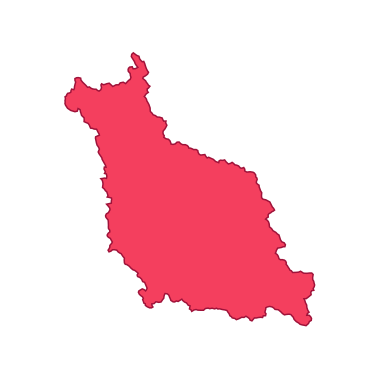 the district of Cunha, São Paulo, Brazil, rotated 283°
{"feature_id": "56859067B27501626478816", "entity_name": "Cunha", "entity_type": "district", "adm_level": 2, "iso_a3": "BRA", "parent_name": "Brazil", "parent_adm1": "São Paulo", "projection": "natural_earth1", "projection_center": [-44.92, -23.055], "detail": "fine", "context": "isolated", "style": "filled", "palette": "rose", "viewbox_px": 384, "rotation_deg": 283, "n_neighbors": 0, "source": "geoboundaries", "source_scale": "gbopen_adm2", "svg_char_len": 5964}
<svg xmlns="http://www.w3.org/2000/svg" viewBox="0 0 384 384"><g transform="rotate(283 192 192)"><path d="M312.3,109.8L312.7,107.4L314.4,103.5L312.6,102.3L310.3,102.4L306.1,106.6L304.2,107.8L302.8,109.3L301.3,111.2L299.5,109.2L298.8,106.9L300.6,105.6L299.7,103.2L298.3,102.3L296.8,102.2L295.2,102.8L293.6,105.1L291.7,105.7L290.0,106.7L287.7,106.4L286.6,105.2L284.4,103.9L282.7,102.9L283.5,100.3L282.2,97.5L280.0,96.5L279.3,93.8L277.0,91.1L279.4,86.9L278.4,84.7L277.2,82.9L276.6,81.4L277.1,79.6L275.8,79.2L273.2,80.4L271.0,80.1L269.4,78.7L269.7,77.1L270.6,75.4L270.2,73.9L270.1,71.9L270.5,70.0L271.3,68.4L270.5,66.7L272.1,64.5L274.4,60.7L276.0,58.7L277.9,57.9L277.9,55.5L277.4,53.9L276.2,52.4L274.3,52.9L273.0,53.9L269.2,53.8L267.9,53.8L266.6,54.1L265.1,53.8L265.2,51.6L263.5,51.3L262.1,51.5L260.9,50.4L260.3,48.8L258.9,48.1L257.3,48.0L256.3,46.9L254.3,47.7L252.5,47.7L251.1,48.2L249.7,48.3L248.2,49.2L245.6,51.9L244.2,55.5L243.9,59.9L245.0,62.1L247.7,62.2L247.1,64.4L245.0,65.3L243.4,66.3L242.0,67.0L241.1,68.2L240.1,70.1L238.2,70.7L236.3,71.0L235.9,72.8L235.5,75.3L234.3,76.7L231.4,78.8L231.6,80.8L231.3,82.4L231.7,84.9L228.9,87.2L227.8,88.3L226.5,89.0L225.5,87.5L224.1,85.7L222.8,85.8L218.2,87.9L216.3,89.0L214.9,90.6L213.0,92.1L209.9,91.6L208.4,92.8L205.1,96.4L203.6,97.1L198.4,101.8L196.8,102.6L196.6,101.0L194.6,101.1L193.5,102.0L192.1,103.1L190.4,102.6L190.3,104.5L188.3,105.5L186.0,105.6L185.9,103.6L185.1,101.9L184.5,100.2L183.1,102.0L181.4,102.9L179.8,103.5L176.3,103.8L175.1,106.0L173.8,107.3L172.9,109.0L169.7,110.9L168.0,110.5L168.1,112.5L168.0,114.9L166.6,115.4L165.2,115.4L163.0,115.9L160.9,111.5L159.1,114.0L157.8,115.5L156.2,116.1L153.1,115.2L151.4,113.5L149.7,113.1L148.4,113.5L147.4,114.5L145.9,116.5L144.3,117.1L140.7,118.1L139.0,118.4L137.5,118.9L136.3,120.4L134.6,120.9L132.9,119.6L130.9,119.0L129.7,119.7L129.0,121.0L128.4,122.9L126.7,124.3L125.4,125.6L124.0,125.3L121.5,124.0L119.7,124.3L118.2,124.0L116.4,123.3L115.0,124.6L116.1,126.3L117.8,127.5L118.3,129.3L118.4,131.8L117.0,133.5L116.3,135.3L116.0,136.8L113.7,139.2L112.4,141.0L110.6,141.2L109.3,141.6L107.7,142.1L106.6,143.2L106.6,144.9L105.6,147.5L104.0,149.8L102.9,152.0L102.7,153.9L101.7,156.1L100.7,157.8L98.8,157.2L97.4,158.0L97.0,160.4L95.7,162.5L93.6,164.1L93.3,166.2L88.2,169.9L86.5,169.6L85.2,169.0L86.1,167.3L86.4,165.3L83.7,162.5L82.3,162.3L80.5,163.7L79.4,165.7L78.7,167.4L77.4,168.5L76.1,168.1L74.5,169.2L72.9,170.1L72.6,171.6L71.0,172.1L70.1,174.2L69.6,176.7L70.0,178.6L71.2,179.8L72.3,178.6L73.9,178.0L74.8,180.2L76.9,181.5L77.0,184.5L77.9,186.6L80.5,187.6L82.1,188.4L83.6,188.2L85.4,188.2L87.0,188.6L87.2,190.9L86.2,192.7L84.3,193.9L83.2,194.8L81.6,195.8L80.7,198.3L81.0,199.9L82.3,201.3L82.2,203.1L85.3,206.2L84.1,207.5L83.1,209.5L82.7,211.6L80.8,213.8L80.6,215.8L77.5,215.8L77.0,217.4L75.6,218.6L77.5,220.5L78.4,222.4L78.2,224.2L78.8,227.4L79.4,229.9L81.5,231.3L82.5,233.8L82.3,235.5L83.3,237.7L83.2,240.3L84.3,242.1L83.8,243.5L84.4,245.2L84.3,247.7L84.5,250.6L84.4,252.7L82.9,254.1L81.9,255.4L79.9,256.8L79.4,258.4L78.4,259.5L78.4,262.3L77.6,263.9L79.0,266.1L81.1,268.6L81.5,270.9L83.1,272.5L82.3,274.9L81.4,276.6L80.2,277.4L79.9,279.4L83.3,281.1L83.7,282.9L84.7,285.1L85.4,287.2L85.6,289.0L87.4,289.3L88.0,291.5L90.0,291.5L91.2,290.1L92.7,290.1L94.5,290.2L95.8,289.9L97.0,291.3L98.0,293.5L98.0,296.0L97.4,297.7L96.3,299.3L96.7,302.6L95.0,305.9L93.9,307.5L93.1,309.7L94.0,311.7L94.8,314.1L94.8,316.0L93.7,317.4L92.7,318.9L90.8,320.2L89.1,322.9L88.4,325.3L87.4,327.1L87.3,329.4L87.4,331.2L87.4,333.2L90.1,335.1L92.2,335.5L93.7,337.1L95.7,336.9L97.3,335.5L98.3,333.8L97.7,331.6L99.6,331.8L101.2,333.1L102.7,331.5L104.9,330.1L106.1,329.6L107.6,329.2L109.6,327.5L111.7,326.3L113.2,325.1L113.8,327.3L115.8,329.0L118.7,331.2L121.1,330.3L122.8,330.9L123.6,332.8L125.1,331.8L127.3,332.4L129.0,332.4L130.6,331.5L132.5,330.6L133.7,329.4L135.7,328.8L138.9,328.6L140.0,326.9L139.5,324.8L138.6,322.2L138.0,319.0L139.2,315.6L137.9,313.9L137.2,311.8L136.2,308.2L137.6,306.5L137.9,305.0L139.1,304.0L140.3,302.7L141.6,301.5L142.8,299.9L144.1,299.9L145.6,298.9L146.4,297.4L146.4,295.1L145.9,293.4L146.5,291.8L148.8,290.5L150.2,289.1L151.1,287.0L152.4,287.3L153.8,287.3L156.6,288.1L158.1,291.7L159.1,293.0L159.6,294.8L161.6,294.9L163.2,293.3L163.7,290.6L165.3,289.0L169.7,286.4L170.3,284.6L171.5,282.8L172.5,279.6L174.3,277.7L175.4,275.4L178.4,274.3L180.2,273.2L181.4,271.7L182.1,269.8L183.5,270.7L184.7,271.9L187.0,271.3L188.4,272.0L189.4,273.3L190.7,274.2L191.6,275.4L192.9,276.5L194.4,275.2L195.5,273.6L199.8,270.1L201.0,265.6L200.9,262.9L202.1,261.1L204.3,260.5L207.0,260.1L208.5,258.6L212.1,256.3L213.7,255.8L214.4,254.0L215.4,252.6L217.1,252.4L218.8,252.7L220.2,252.1L221.1,250.7L223.0,250.2L224.5,248.5L225.0,247.0L224.8,244.1L223.7,240.9L224.4,238.6L226.1,238.3L227.5,236.9L226.4,235.3L226.3,233.7L227.9,231.5L228.2,229.5L228.1,227.6L229.2,226.1L229.9,224.4L228.6,223.1L227.5,221.1L229.0,218.5L230.6,216.6L229.7,214.8L229.4,212.5L228.4,211.4L226.6,211.4L227.0,208.2L228.6,205.5L229.6,200.4L228.6,199.1L229.7,197.6L231.4,196.1L229.9,192.1L230.6,190.2L232.1,189.0L233.7,188.3L234.3,186.5L233.7,184.0L234.1,182.5L234.4,180.8L234.1,179.0L235.3,178.3L236.2,177.0L236.6,174.9L236.0,172.2L236.5,170.2L237.8,168.2L237.2,166.2L235.1,164.8L234.1,162.8L234.0,160.8L235.5,160.0L236.9,159.0L238.1,157.2L238.0,154.8L238.9,152.3L240.6,152.3L241.7,151.1L243.1,150.4L244.9,150.2L247.5,151.5L249.6,152.1L251.4,152.5L253.4,150.8L255.3,150.7L254.7,148.5L256.0,147.2L257.4,146.3L257.6,143.5L257.2,141.3L258.2,139.2L258.5,136.7L259.8,135.4L261.1,133.3L263.1,132.6L264.4,132.3L267.6,130.3L269.3,128.8L270.5,127.6L272.2,126.7L273.5,125.4L274.3,124.0L277.5,125.4L279.2,127.0L280.5,125.6L282.4,125.2L283.5,126.2L285.6,127.2L286.2,125.6L287.5,124.3L288.8,122.7L289.9,121.8L291.6,118.5L293.0,118.6L294.7,120.5L296.8,122.2L298.9,122.7L299.8,121.6L301.5,120.1L303.4,118.8L306.7,116.9L308.4,115.6L307.7,114.2L308.6,112.7L310.0,111.0L312.3,109.8Z" fill="#f43f5e" stroke="#9f1239" stroke-width="1.5"/></g></svg>